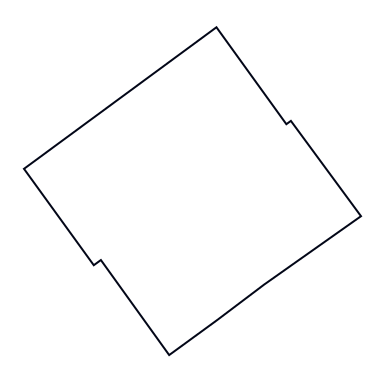 Buchanan, Iowa, United States of America, rotated 324°
{"feature_id": "52423323B70817605938932", "entity_name": "Buchanan", "entity_type": "district", "adm_level": 2, "iso_a3": "USA", "parent_name": "United States of America", "parent_adm1": "Iowa", "projection": "albers", "projection_center": [-91.886, 42.47], "detail": "fine", "context": "isolated", "style": "outline", "palette": "ink", "viewbox_px": 384, "rotation_deg": 324, "n_neighbors": 0, "source": "geoboundaries", "source_scale": "gbopen_adm2", "svg_char_len": 301}
<svg xmlns="http://www.w3.org/2000/svg" viewBox="0 0 384 384"><g transform="rotate(324 192 192)"><path d="M69.7,74.5L69.5,193.5L78.3,193.5L77.7,309.2L77.7,310.5L136.8,310.4L196.0,309.3L314.5,310.9L313.8,192.6L308.2,192.6L308.6,73.1L69.7,74.5Z" fill="none" stroke="#020617" stroke-width="2"/></g></svg>